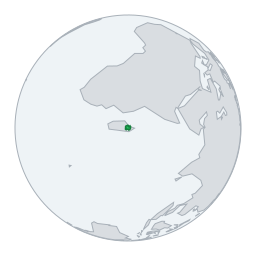 globe centered on Sofia, rotated 79°
{"feature_id": "MDG-5880", "entity_name": "Sofia", "entity_type": "Autonomous Province", "adm_level": 1, "iso_a3": "MDG", "parent_name": "Madagascar", "parent_adm1": "", "projection": "orthographic", "projection_center": [48.484, -15.315], "detail": "fine", "context": "on_globe", "style": "filled", "palette": "green", "viewbox_px": 256, "rotation_deg": 79, "n_neighbors": 0, "source": "natural_earth", "source_scale": "10m", "svg_char_len": 7125}
<svg xmlns="http://www.w3.org/2000/svg" viewBox="0 0 256 256"><g transform="rotate(79 128 128)"><circle cx="128" cy="128" r="113" fill="#eef3f6" stroke="#a8b0b8"/><path d="M15.5,133.0L15.5,132.6L16.5,135.1L17.4,141.7L18.4,151.1L23.5,168.3L26.4,176.6L30.0,183.5L33.2,188.9L28.9,181.6L25.2,174.0L22.0,166.1L19.4,158.0L17.5,149.8L16.2,141.4L15.5,133.0ZM62.5,219.6L60.4,218.0L60.7,218.3L62.3,219.4L62.5,219.6ZM218.9,61.5L216.7,58.5L218.9,61.5ZM215.9,57.6L214.1,55.4L212.6,53.6L211.6,52.8L209.4,50.3L209.8,51.3L212.3,54.0L213.9,55.4L215.2,57.7L219.9,63.7L223.0,69.0L223.9,75.4L220.9,75.5L221.2,77.1L218.7,74.0L217.3,76.2L223.7,88.7L224.2,91.8L221.1,95.6L220.6,93.2L213.9,84.8L214.1,92.0L219.3,100.3L221.1,108.8L217.7,104.8L215.7,97.4L213.3,94.3L212.9,87.8L208.9,77.6L205.5,78.0L204.8,74.4L198.7,65.9L193.2,66.5L185.2,73.9L185.7,83.5L182.2,87.2L173.8,72.2L170.9,63.2L167.4,63.5L159.2,55.8L143.7,54.3L142.0,52.2L138.9,53.1L133.3,51.0L130.8,47.7L127.1,47.9L133.9,56.6L137.9,56.6L141.8,53.3L142.9,56.6L148.5,59.8L140.7,67.6L118.4,75.3L117.0,68.3L104.2,51.4L105.0,49.5L105.0,49.3L104.9,49.0L102.9,52.1L101.0,49.1L107.0,60.3L107.6,65.6L118.1,75.7L116.9,76.9L120.5,79.1L133.0,76.3L132.9,78.7L126.5,90.3L109.9,107.6L112.6,119.4L112.2,129.9L102.9,137.6L104.8,145.9L100.2,149.4L100.6,154.3L97.5,160.0L91.9,165.9L81.2,167.7L79.7,163.2L73.0,155.3L63.3,136.4L65.0,126.8L63.7,120.2L56.1,107.2L57.7,99.0L55.9,96.2L52.0,98.1L50.0,94.9L47.7,95.5L34.4,103.4L31.0,100.3L28.4,88.7L31.3,82.1L32.9,76.0L53.7,50.5L56.8,50.0L71.7,43.7L73.3,43.9L70.2,48.1L80.2,50.9L85.1,46.8L95.6,48.2L103.5,47.4L108.7,39.8L95.8,40.8L95.0,37.7L106.4,33.9L117.8,33.9L117.9,32.7L111.8,30.3L115.6,28.3L109.8,29.5L111.3,30.5L107.7,31.5L106.1,30.6L107.5,29.8L104.4,29.6L98.5,34.0L99.4,35.5L90.5,37.4L91.1,40.2L88.3,42.0L86.2,38.0L87.3,36.3L82.5,33.3L80.6,35.1L85.0,38.2L83.1,38.2L80.5,41.3L80.9,39.0L76.7,35.6L69.4,38.5L58.2,48.0L54.4,50.0L52.1,50.0L58.3,42.3L66.1,38.7L68.4,36.5L68.5,34.6L70.9,33.8L71.9,32.8L75.1,31.7L81.2,28.2L84.6,27.2L88.7,24.4L91.1,23.6L88.0,25.4L87.7,26.2L96.4,24.5L98.6,23.7L100.5,22.2L102.7,22.1L103.5,20.9L109.3,19.9L102.9,20.3L105.0,19.1L109.4,17.9L108.9,17.7L101.7,19.7L99.9,20.5L100.2,20.9L94.2,23.8L90.8,24.9L92.7,22.5L88.1,23.9L91.6,22.0L109.0,17.1L115.4,16.2L122.4,16.4L120.0,16.8L116.2,16.9L118.1,17.6L118.7,17.2L120.5,17.3L123.0,16.6L124.4,16.7L124.4,16.0L126.4,16.1L126.3,16.5L131.7,16.0L136.3,16.3L136.8,16.2L136.1,16.0L142.4,16.8L142.5,16.7L140.5,16.4L139.4,16.1L140.0,16.0L142.2,16.3L145.6,17.1L145.5,17.5L146.5,17.6L147.1,17.4L142.9,16.4L142.7,16.3L145.0,16.7L144.1,16.5L144.7,16.6L147.2,17.0L155.0,18.6L162.9,20.9L170.5,23.7L178.0,27.1L185.2,31.0L192.1,35.4L198.6,40.3L204.8,45.6L210.6,51.4L215.9,57.6ZM45.1,61.5L44.2,63.3L45.1,61.5ZM129.1,38.2L136.5,38.7L134.6,34.5L137.3,34.5L135.6,33.2L134.4,34.2L130.6,30.9L134.3,30.0L134.1,28.5L131.6,28.2L125.5,30.5L130.9,35.1L128.6,36.7L129.1,38.2ZM74.6,29.4L75.1,29.4L73.0,30.7L68.7,33.0L71.6,31.0L74.6,29.4ZM76.2,29.2L79.3,26.8L82.1,25.6L80.0,26.6L81.6,26.1L78.6,27.6L78.3,29.2L76.5,30.5L69.4,33.4L72.7,31.6L72.1,31.6L76.2,29.2ZM76.0,42.0L77.4,41.8L79.9,41.2L78.3,43.3L76.0,42.0ZM72.9,39.7L74.4,39.1L73.3,41.4L71.8,41.7L72.9,39.7ZM76.1,37.0L74.5,38.9L74.5,38.1L76.1,37.0ZM89.4,24.9L91.0,24.4L90.8,24.7L89.5,25.4L89.4,24.9ZM106.0,41.2L103.2,42.7L102.2,42.2L103.4,41.7L106.0,41.2ZM89.7,42.7L93.0,43.1L89.2,43.2L89.7,42.7ZM154.0,191.1L155.0,193.0L153.2,192.9L154.0,191.1ZM131.8,127.8L125.5,146.8L120.1,147.0L118.5,141.3L120.4,129.8L126.5,126.6L129.4,121.6L131.8,127.8ZM232.7,136.2L233.7,137.9L233.6,138.4L232.7,136.2ZM231.7,133.2L233.0,134.7L231.3,134.2L231.7,133.2ZM233.5,135.3L234.8,135.6L235.4,135.4L235.2,136.4L233.5,135.3ZM230.7,132.4L224.5,127.9L221.7,124.8L222.6,123.3L227.1,126.5L230.7,132.4ZM222.3,123.1L217.7,115.4L209.7,97.4L212.7,98.6L220.7,110.9L220.2,112.3L223.0,117.9L222.3,123.1ZM232.5,119.7L231.9,124.3L228.7,121.4L227.1,119.5L226.0,112.5L226.6,109.9L228.0,110.8L232.1,104.1L233.8,108.0L232.9,111.1L234.2,116.4L232.5,119.7ZM186.3,84.5L189.2,91.0L187.1,91.6L186.3,84.5ZM232.8,98.7L231.8,101.5L232.4,97.1L232.8,98.7ZM232.6,94.2L233.2,96.4L232.1,93.7L232.6,94.2ZM222.1,79.9L220.7,79.5L220.2,78.0L221.7,77.7L222.1,79.9ZM225.4,73.7L227.1,77.8L227.5,78.9L226.0,76.0L225.4,73.7ZM133.5,15.5L133.3,15.5L132.1,15.5L133.9,15.8L129.8,15.5L131.3,15.4L133.5,15.5ZM208.9,205.7L212.9,201.3L211.9,202.9L209.0,205.9L208.9,205.7ZM216.3,197.9L215.7,198.7L214.7,199.6L216.3,197.4L215.4,198.2L216.7,195.8L221.0,189.2L219.9,190.0L222.6,186.7L220.3,189.1L222.6,184.7L223.3,181.6L214.4,181.9L213.5,179.3L215.9,176.2L219.6,164.5L220.1,165.2L222.5,158.0L229.1,156.1L234.5,148.3L235.5,151.6L237.9,145.9L238.2,149.3L236.7,154.6L235.3,161.9L237.8,153.2L235.6,161.2L232.9,169.1L229.6,176.7L225.7,184.1L221.3,191.2L216.3,197.9ZM235.1,139.7L236.8,137.5L237.3,138.2L235.1,139.7ZM239.1,146.3L239.4,143.4L239.7,141.9L240.1,137.9L239.8,132.9L239.8,130.0L240.2,129.7L239.5,125.7L240.3,127.1L240.3,132.8L240.6,130.7L240.6,132.3L239.1,146.3ZM239.7,137.4L239.7,137.8L239.5,138.8L239.7,137.4ZM238.2,128.0L238.1,129.2L237.8,127.6L238.2,128.0ZM238.7,128.1L239.4,131.4L238.5,129.0L238.7,128.1ZM234.9,118.2L235.4,121.7L236.7,121.4L235.7,122.9L236.3,129.0L235.8,130.6L235.3,124.0L234.6,129.3L234.0,128.5L233.9,123.3L234.7,118.2L235.3,116.5L237.6,118.5L234.9,118.2ZM238.8,124.3L238.5,120.4L238.7,118.4L239.0,120.8L238.8,124.3ZM237.2,110.7L235.8,105.6L235.1,106.0L236.1,103.0L237.3,108.3L237.2,110.7ZM235.3,101.3L234.7,101.5L235.0,99.6L235.3,101.3ZM234.2,100.0L233.6,97.3L234.4,98.5L234.2,100.0ZM235.7,102.0L235.0,97.8L235.8,100.8L235.7,102.0ZM232.0,91.3L234.5,97.2L232.1,93.1L229.7,84.9L230.6,85.7L232.0,91.3Z" fill="#d9dde1" stroke="#a8b0b8" stroke-width="1"/><path d="M125.5,128.3L125.6,128.2L125.4,128.0L125.4,127.9L125.3,127.7L125.5,127.5L125.6,127.4L125.7,127.2L125.8,127.2L125.7,127.1L125.8,127.0L126.0,126.7L126.1,126.8L126.1,127.0L126.0,127.3L126.0,127.6L126.1,127.4L126.3,127.3L126.4,127.0L126.4,126.9L126.5,126.8L126.5,126.7L126.8,126.6L126.9,126.8L127.0,126.8L127.0,126.7L126.9,126.7L127.0,126.6L127.1,126.9L127.1,126.7L126.9,126.5L126.7,126.6L126.6,126.4L126.5,126.2L126.7,125.9L126.8,125.9L127.0,125.9L127.0,125.7L126.9,125.6L127.0,125.6L127.1,125.8L127.0,126.0L127.1,125.9L127.2,125.7L127.2,125.4L127.3,125.3L127.4,125.2L127.5,125.2L127.5,125.3L127.4,125.3L127.4,125.5L127.5,125.5L127.5,125.4L127.5,125.5L127.8,125.7L128.0,125.6L128.3,125.7L128.4,125.8L128.5,125.8L128.8,125.8L128.9,125.7L129.0,125.7L129.2,125.8L129.3,126.0L129.5,126.2L129.5,126.3L129.7,126.5L129.8,126.7L129.8,126.8L129.9,127.0L130.0,127.1L130.1,127.3L129.9,127.3L129.9,127.5L129.7,127.7L129.7,127.8L129.4,127.9L129.3,128.0L129.2,128.0L129.1,128.3L129.1,128.5L129.1,128.8L129.1,129.0L129.1,129.3L129.0,129.5L129.3,129.7L129.4,129.8L129.3,130.1L129.2,130.1L129.1,130.3L129.0,130.5L128.9,130.5L128.7,130.7L128.5,130.8L128.4,130.8L128.3,130.7L128.3,130.4L128.2,130.2L127.9,130.0L127.8,129.9L127.7,129.9L127.4,129.9L127.2,129.9L127.0,130.0L127.0,130.3L126.9,130.3L126.6,130.3L126.5,130.2L126.4,130.1L126.2,130.1L125.8,129.9L125.7,129.6L125.6,129.4L125.5,129.0L125.4,128.6L125.5,128.3Z" fill="#22c55e" stroke="#15803d" stroke-width="1.5"/></g></svg>